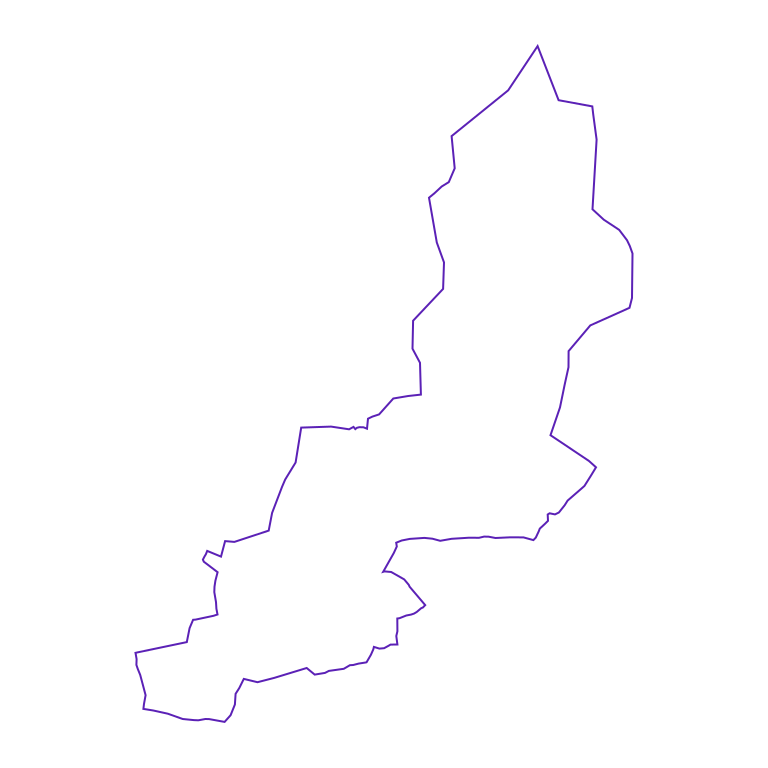 Dunukofia, Anambra, Nigeria (orthographic projection)
{"feature_id": "59680162B76413580563978", "entity_name": "Dunukofia", "entity_type": "district", "adm_level": 2, "iso_a3": "NGA", "parent_name": "Nigeria", "parent_adm1": "Anambra", "projection": "orthographic", "projection_center": [6.949, 6.223], "detail": "fine", "context": "isolated", "style": "outline", "palette": "violet", "viewbox_px": 768, "rotation_deg": 0, "n_neighbors": 0, "source": "geoboundaries", "source_scale": "gbopen_adm2", "svg_char_len": 2105}
<svg xmlns="http://www.w3.org/2000/svg" viewBox="0 0 768 768"><path d="M135.5,652.8L136.6,659.1L136.4,664.9L137.8,669.0L140.2,674.9L142.9,685.0L145.6,695.2L144.0,703.9L143.4,708.9L153.3,710.5L167.8,713.7L182.7,719.0L193.9,720.1L198.3,720.3L205.4,719.0L209.2,719.1L224.6,721.9L230.6,715.2L234.9,704.5L235.6,693.8L239.3,688.0L243.8,678.9L257.5,682.2L274.2,677.9L306.7,668.0L314.7,674.6L325.0,672.9L328.9,670.9L343.8,668.8L349.9,665.2L353.2,665.0L358.6,663.6L366.2,662.4L366.6,662.2L370.9,654.8L373.3,649.4L373.9,646.9L379.4,648.6L384.1,648.2L388.5,645.8L390.5,644.6L397.4,644.5L396.3,636.0L397.4,631.3L397.3,618.5L399.5,618.2L406.3,615.5L411.0,614.6L414.0,613.6L416.7,612.0L421.2,608.2L422.9,607.5L425.2,605.1L409.6,586.7L408.8,584.9L404.2,579.4L391.2,572.0L384.6,571.4L383.2,571.8L393.8,553.0L396.8,546.5L396.2,542.7L401.7,540.5L409.8,538.9L424.4,537.9L432.4,538.7L440.2,540.8L451.6,538.8L462.8,538.1L469.2,537.7L479.0,537.8L484.1,536.6L488.6,536.7L495.5,538.0L510.5,537.3L523.5,537.4L533.4,540.1L535.8,537.6L538.8,531.2L539.8,528.6L545.0,523.8L548.0,520.8L547.7,514.5L549.6,513.3L555.0,514.4L558.9,512.5L564.7,505.2L567.6,500.6L584.4,486.0L590.9,475.7L596.0,467.3L589.0,461.0L550.5,435.2L560.0,407.4L564.7,384.5L568.5,367.2L568.6,351.1L590.3,325.4L629.5,307.8L632.0,298.0L632.5,253.5L629.8,246.0L627.0,240.2L619.2,229.9L603.8,219.7L592.5,209.3L596.6,139.6L593.2,114.2L592.3,106.4L558.6,100.2L537.6,46.1L508.2,90.3L451.6,136.1L454.7,168.3L448.8,182.1L441.7,186.5L434.5,193.2L429.0,197.7L436.8,242.5L444.0,262.4L443.1,288.9L413.1,320.7L412.5,348.7L420.0,362.8L420.9,394.6L408.2,396.0L393.3,398.5L379.1,414.4L372.4,416.6L368.0,418.7L367.0,428.7L363.5,427.3L359.3,427.2L356.9,427.8L355.3,429.1L353.5,426.9L349.1,429.3L331.1,426.6L301.2,427.6L295.6,462.5L285.2,479.5L282.1,486.7L272.1,512.9L268.7,530.6L234.4,541.9L225.1,541.1L221.0,556.6L207.2,550.9L205.9,554.2L204.5,556.5L202.9,559.6L203.8,561.7L217.6,572.2L215.4,580.7L214.5,586.7L214.3,592.1L216.0,602.1L216.4,608.7L217.5,614.5L213.5,615.8L195.6,619.6L193.1,619.8L189.6,628.1L186.8,642.1L135.5,652.8Z" fill="none" stroke="#5b21b6" stroke-width="2"/></svg>